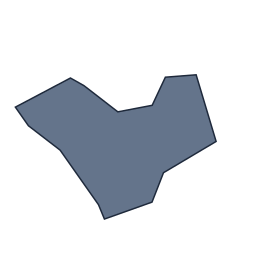 map outline of Baie Lazare (Albers equal-area conic projection), rotated 149°
{"feature_id": "SYC-5203", "entity_name": "Baie Lazare", "entity_type": "state/province", "adm_level": 1, "iso_a3": "SYC", "parent_name": "Seychelles", "parent_adm1": "", "projection": "albers", "projection_center": [55.49, -4.757], "detail": "fine", "context": "isolated", "style": "filled", "palette": "slate", "viewbox_px": 256, "rotation_deg": 149, "n_neighbors": 0, "source": "natural_earth", "source_scale": "10m", "svg_char_len": 342}
<svg xmlns="http://www.w3.org/2000/svg" viewBox="0 0 256 256"><g transform="rotate(149 128 128)"><path d="M151.6,200.5L143.9,186.9L128.4,147.1L95.6,135.0L69.8,152.3L42.2,138.5L59.4,71.1L120.6,71.4L145.6,52.1L195.1,62.1L192.8,77.5L197.6,144.0L212.2,181.2L213.8,203.9L151.6,200.5Z" fill="#64748b" stroke="#1e293b" stroke-width="1.5"/></g></svg>